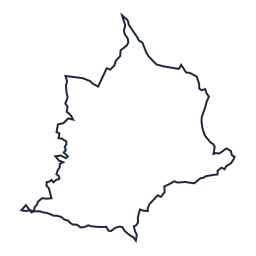 Ibiraiaras, Rio Grande do Sul, Brazil (Natural Earth projection)
{"feature_id": "56859067B62229302377905", "entity_name": "Ibiraiaras", "entity_type": "district", "adm_level": 2, "iso_a3": "BRA", "parent_name": "Brazil", "parent_adm1": "Rio Grande do Sul", "projection": "natural_earth1", "projection_center": [-51.642, -28.366], "detail": "fine", "context": "isolated", "style": "outline", "palette": "slate", "viewbox_px": 256, "rotation_deg": 0, "n_neighbors": 0, "source": "geoboundaries", "source_scale": "gbopen_adm2", "svg_char_len": 2229}
<svg xmlns="http://www.w3.org/2000/svg" viewBox="0 0 256 256"><path d="M65.5,76.0L67.1,81.5L65.9,85.3L66.6,93.3L67.7,97.1L66.3,101.0L65.3,103.6L67.6,106.7L66.7,111.8L68.9,113.5L70.9,115.5L73.1,119.6L68.3,118.4L63.5,123.1L58.0,124.4L56.5,132.0L59.4,133.5L58.5,138.2L61.7,138.6L66.3,141.4L66.3,144.5L64.7,146.9L65.8,150.2L63.7,152.4L67.8,156.3L66.0,158.2L60.8,155.5L55.3,156.3L58.9,160.5L63.2,162.2L59.8,163.8L59.7,167.4L57.7,170.3L56.4,174.2L58.8,175.9L59.3,178.9L56.1,179.9L53.4,182.3L51.5,179.9L49.2,181.7L46.7,182.0L46.5,185.8L48.9,188.2L50.4,194.2L51.5,198.2L47.4,198.7L42.0,198.2L37.8,201.9L36.9,204.9L34.6,207.2L34.0,211.3L37.0,211.3L40.0,211.3L43.0,212.4L46.4,212.8L50.1,214.1L53.7,215.7L57.1,215.8L61.0,216.8L64.6,219.7L68.2,220.6L70.1,222.8L72.7,224.5L76.9,224.7L80.5,227.4L83.1,227.2L85.6,226.6L88.1,225.3L91.7,226.3L96.6,226.8L101.9,227.0L106.2,226.8L108.7,230.8L111.3,230.9L113.9,228.8L116.4,227.4L119.6,226.6L122.5,227.1L124.6,230.9L127.8,233.6L130.7,235.9L133.2,237.0L135.8,240.6L136.8,234.7L135.0,231.2L133.8,226.2L136.3,225.3L138.0,222.2L137.9,217.5L138.5,214.6L140.0,209.5L143.3,210.6L147.8,211.0L147.8,208.1L149.4,204.2L157.8,195.3L161.0,196.8L164.7,192.1L164.3,186.5L170.3,183.6L174.1,181.3L177.9,182.6L185.1,182.0L194.2,183.3L200.3,178.4L203.5,177.8L205.6,176.3L209.3,175.6L214.2,174.8L217.6,174.4L217.6,170.7L221.3,167.7L224.7,169.2L226.1,166.3L231.0,163.2L233.3,159.8L234.6,156.9L231.9,155.2L230.8,150.9L226.4,148.4L222.1,151.6L219.0,153.6L215.9,153.0L213.5,153.9L214.7,146.6L213.2,144.1L210.4,142.4L208.5,140.0L206.6,137.8L204.7,135.1L202.4,128.2L201.5,121.4L201.8,117.1L205.6,106.0L206.6,101.7L208.9,96.7L206.5,93.2L205.2,89.1L201.5,90.2L199.2,88.6L199.2,84.2L196.7,76.5L189.5,72.8L186.1,72.5L181.2,64.9L178.9,68.9L163.7,66.4L156.5,64.5L148.8,56.6L146.3,52.5L142.4,42.6L139.0,40.6L136.7,36.4L134.0,32.5L129.0,25.1L127.5,20.0L122.1,15.4L125.2,25.3L123.9,30.6L124.7,34.1L127.6,38.2L128.4,42.1L127.0,45.2L124.5,47.4L120.6,50.3L120.2,56.1L116.0,60.5L114.2,65.7L110.1,69.6L106.7,68.3L98.1,86.6L92.5,83.5L90.2,81.2L83.2,78.3L79.2,77.7L65.5,76.0ZM21.4,210.2L23.8,210.8L27.0,210.9L29.8,210.2L25.9,205.2L21.4,210.2ZM29.8,210.2L31.4,212.4L34.0,211.3L29.8,210.2Z" fill="none" stroke="#1e293b" stroke-width="2"/></svg>